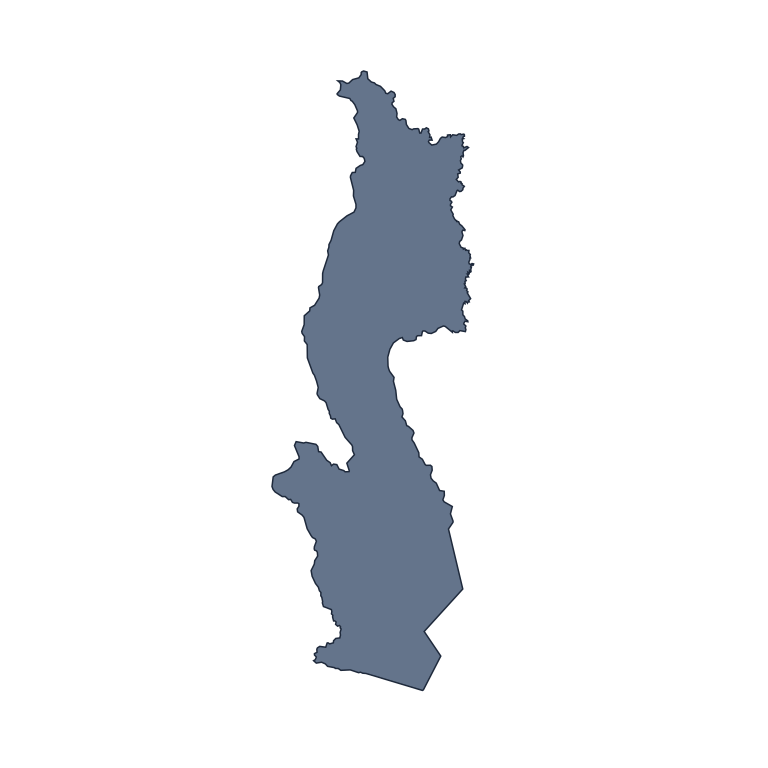 the district of Balsas, Maranhão, Brazil, rotated 160°
{"feature_id": "56859067B97951536873323", "entity_name": "Balsas", "entity_type": "district", "adm_level": 2, "iso_a3": "BRA", "parent_name": "Brazil", "parent_adm1": "Maranhão", "projection": "natural_earth1", "projection_center": [-46.459, -8.287], "detail": "fine", "context": "isolated", "style": "filled", "palette": "slate", "viewbox_px": 768, "rotation_deg": 160, "n_neighbors": 0, "source": "geoboundaries", "source_scale": "gbopen_adm2", "svg_char_len": 6169}
<svg xmlns="http://www.w3.org/2000/svg" viewBox="0 0 768 768"><g transform="rotate(160 384 384)"><path d="M273.9,447.5L274.3,450.6L273.4,450.6L272.8,452.8L271.4,453.0L271.6,454.7L270.6,456.5L267.9,455.7L268.2,457.1L267.6,457.7L268.1,458.7L267.2,458.4L267.0,460.2L266.1,458.8L264.9,461.3L264.4,459.6L263.8,459.8L263.3,461.9L261.8,464.0L262.5,464.4L262.0,465.1L261.5,465.7L259.4,465.2L258.7,466.2L260.1,467.1L261.4,466.6L262.8,467.8L262.6,469.6L260.7,471.5L260.3,473.0L259.5,472.8L259.3,475.2L258.6,476.1L259.5,478.4L258.5,480.4L260.4,481.2L260.7,481.9L261.5,481.8L261.6,483.9L263.3,483.6L263.1,484.7L264.8,486.1L265.3,490.2L264.2,492.0L261.9,492.9L259.0,496.5L258.8,500.3L258.1,501.0L257.2,501.6L255.6,500.5L255.1,501.2L256.8,506.1L258.2,508.2L258.4,511.0L260.1,511.8L259.8,512.7L260.6,513.2L261.3,515.2L261.7,518.7L260.9,519.9L261.7,524.8L259.2,526.9L260.6,528.8L260.0,530.2L258.1,531.5L258.1,532.6L259.2,533.9L258.7,535.4L256.6,536.8L255.3,536.2L252.8,536.8L249.2,540.8L248.4,540.9L247.2,539.0L245.7,538.7L243.5,539.6L242.9,540.9L240.9,542.3L242.5,544.5L242.1,545.6L243.0,546.5L242.4,547.3L243.3,548.4L244.9,548.5L246.1,551.5L243.6,552.9L242.9,556.2L240.2,556.1L239.8,557.2L240.7,559.6L236.6,560.3L235.4,562.2L235.2,563.2L236.2,565.2L235.8,567.8L234.4,569.1L234.2,571.2L233.2,571.7L232.3,571.4L232.1,570.4L231.3,571.2L230.6,574.4L229.0,576.2L228.0,575.8L223.7,577.3L224.8,578.8L228.3,578.7L228.2,580.2L229.1,580.8L229.1,581.6L226.9,583.7L227.4,584.5L226.7,587.4L225.2,587.3L225.9,588.3L224.6,589.5L223.7,589.3L223.2,590.7L223.5,591.5L226.2,592.0L226.7,592.9L228.3,593.4L230.7,592.8L234.2,594.7L236.9,593.4L236.4,595.5L238.6,596.1L239.2,596.2L239.6,594.8L241.8,594.5L244.9,596.2L247.0,595.5L249.8,593.0L252.7,591.5L257.4,592.2L259.2,595.4L259.3,596.6L258.0,597.7L255.4,596.7L255.3,599.9L256.8,600.2L255.6,602.4L256.2,606.0L255.2,606.4L255.0,608.6L256.6,610.3L258.4,609.7L260.6,610.4L263.5,607.1L264.6,607.6L264.2,611.6L264.8,612.4L268.8,613.6L270.6,613.4L273.2,615.6L274.2,620.2L273.3,624.1L273.5,625.4L276.0,627.0L278.9,626.3L280.1,627.6L280.8,630.6L279.2,633.8L278.7,638.6L280.2,641.2L280.9,644.1L280.1,645.5L278.0,646.2L277.6,649.3L275.3,650.1L274.5,652.2L274.9,654.5L277.2,656.8L281.2,655.5L282.9,656.6L283.0,659.3L285.5,664.9L289.1,668.2L290.0,670.2L292.6,672.1L294.8,676.4L293.2,683.0L296.1,685.1L298.0,685.0L298.9,684.5L299.6,682.6L302.9,680.3L309.4,680.8L314.1,678.8L316.1,679.1L319.4,682.9L323.7,684.6L322.4,682.4L322.2,680.0L324.4,675.3L328.8,672.8L328.9,672.0L327.4,669.8L318.5,664.0L318.1,661.7L317.1,660.5L315.9,656.5L315.5,649.7L316.0,648.2L321.4,644.3L320.6,636.7L320.9,629.9L322.6,627.3L324.1,623.0L326.4,623.9L326.2,620.3L329.1,616.6L328.9,614.9L329.7,614.2L329.9,611.7L328.7,606.0L326.3,605.1L325.4,602.8L325.8,599.7L328.9,597.4L331.5,597.5L336.5,596.2L338.6,592.7L341.5,593.6L344.2,591.1L344.9,589.7L346.3,576.3L348.4,571.2L348.9,562.4L350.1,559.1L353.4,555.8L361.3,554.7L370.4,551.7L373.0,550.4L378.8,545.2L384.6,537.1L388.0,533.9L389.0,531.4L391.4,528.4L392.1,524.2L402.4,511.1L403.9,508.8L407.1,500.2L408.6,498.8L412.0,497.9L412.6,497.0L414.0,489.6L415.6,486.9L422.3,481.7L427.5,480.9L428.8,478.1L435.6,475.4L438.7,467.1L443.3,461.6L443.6,459.7L442.5,455.7L444.1,451.7L442.7,447.3L447.1,434.7L447.1,418.6L446.4,416.0L446.4,409.8L447.0,403.2L450.1,398.1L450.3,396.8L449.3,392.2L445.7,388.5L444.8,386.3L445.2,379.1L444.7,377.2L445.5,375.0L445.2,372.5L445.7,370.1L444.5,368.6L441.8,368.0L441.7,363.9L440.3,361.3L438.8,347.2L435.1,337.7L435.0,335.9L436.3,332.1L436.0,327.7L446.0,322.3L446.3,314.2L446.8,313.6L450.6,314.8L451.4,316.4L455.3,319.4L455.9,324.4L458.8,326.0L461.3,325.2L461.5,328.5L463.9,331.9L466.4,341.6L468.6,342.8L467.6,348.0L468.6,350.6L477.3,355.9L479.6,356.0L486.3,359.9L489.2,356.8L488.7,344.6L489.5,342.6L495.1,341.9L499.7,337.8L503.4,336.2L507.6,335.5L517.2,335.6L519.9,334.6L524.3,326.0L524.3,322.9L523.2,319.7L518.1,313.0L515.3,312.0L513.2,307.9L511.2,307.5L510.5,304.1L508.8,302.7L505.8,301.7L504.9,300.6L505.8,298.2L508.3,296.3L508.9,293.4L505.8,288.9L504.8,286.0L505.7,274.2L504.4,266.6L503.7,264.2L501.6,262.0L501.3,259.4L505.1,254.9L506.0,252.9L506.0,251.6L504.5,250.3L504.2,248.6L505.2,245.0L509.5,241.7L511.1,238.6L516.3,233.6L517.3,227.9L516.6,219.9L515.2,215.5L515.4,211.8L514.6,209.7L515.8,206.6L515.4,204.8L516.1,200.4L516.8,199.4L517.0,195.6L510.6,190.0L510.9,187.9L512.0,186.0L511.2,184.2L512.0,182.7L512.4,178.6L511.4,178.4L510.4,176.7L511.7,174.7L510.4,172.3L508.4,172.3L507.9,170.6L508.6,169.9L508.1,168.4L510.2,165.6L510.8,162.9L512.4,160.5L516.3,161.4L519.2,160.0L520.1,158.1L523.9,158.4L525.1,159.9L526.0,160.1L528.8,156.6L534.1,159.4L536.8,158.8L537.8,157.8L538.7,154.8L541.6,154.4L542.0,153.1L541.0,150.7L541.3,150.1L543.0,148.4L544.8,148.1L543.1,144.9L537.8,143.9L534.8,141.0L533.6,138.0L527.4,134.3L527.1,133.4L524.3,132.3L522.5,129.7L513.5,126.9L506.6,121.4L504.6,121.2L502.9,119.5L500.0,118.2L452.7,82.9L451.6,83.1L423.7,108.9L430.9,137.7L380.1,164.4L373.0,225.7L366.5,230.4L366.0,231.5L366.0,239.2L361.7,245.5L367.8,252.7L368.3,255.0L365.4,258.6L364.1,262.6L368.2,264.9L368.8,273.0L370.9,276.1L372.0,279.4L371.4,282.8L368.2,286.5L367.2,290.1L368.2,291.8L372.1,293.1L372.9,294.3L373.7,300.2L376.0,303.5L374.8,307.5L375.8,318.3L376.8,321.9L376.2,323.9L372.6,327.7L372.6,330.4L375.5,335.8L376.9,337.1L376.5,342.1L378.4,346.9L376.3,349.6L375.6,352.8L375.5,354.3L376.7,357.1L377.3,365.3L375.1,374.1L374.2,383.3L372.3,386.8L374.4,394.0L374.4,396.9L374.1,399.4L371.3,407.9L366.6,414.6L361.1,419.4L354.1,421.5L350.9,421.4L350.8,418.7L347.8,416.1L341.2,414.5L338.7,414.8L337.3,417.4L336.0,417.9L332.2,416.6L330.0,420.1L329.1,420.5L327.3,419.7L325.1,416.7L322.3,415.3L317.4,415.7L314.3,417.8L308.4,418.2L306.8,417.2L302.1,409.3L301.8,410.4L301.1,410.4L299.3,408.0L296.7,407.1L294.4,408.2L289.6,405.4L288.4,407.2L288.4,409.0L287.2,410.5L288.5,413.1L288.2,413.8L286.4,415.3L283.9,413.8L283.7,414.7L285.5,417.5L285.3,419.8L286.2,422.1L285.0,425.5L285.8,427.1L281.5,432.8L280.4,431.7L279.7,433.9L278.7,433.5L277.9,431.5L277.4,432.3L275.8,432.0L275.9,433.4L273.4,434.6L274.6,441.2L273.6,441.8L274.4,443.6L273.4,444.8L273.7,445.9L275.2,446.7L273.9,447.5Z" fill="#64748b" stroke="#1e293b" stroke-width="1.5"/></g></svg>